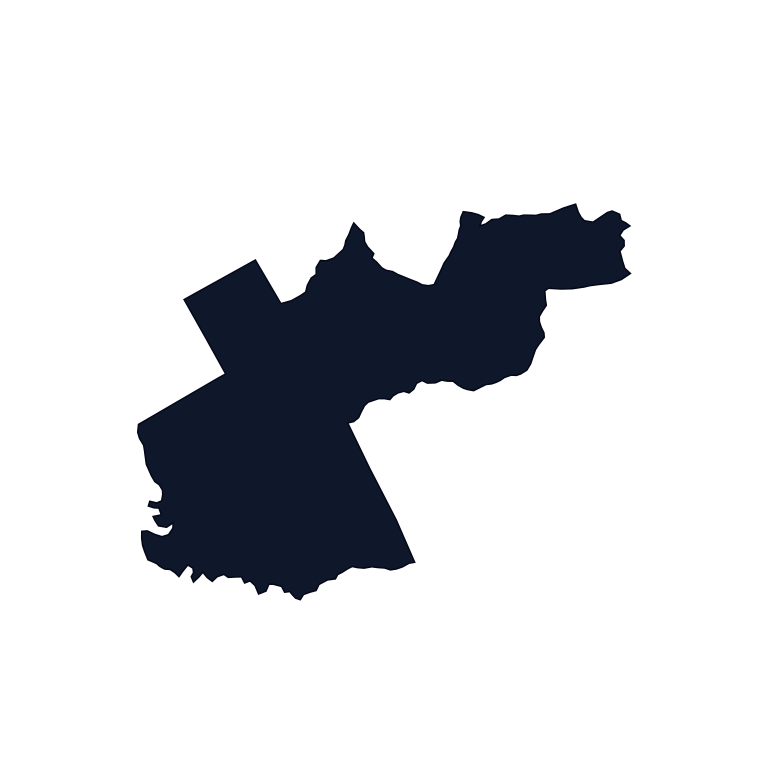 Cambé, Paraná, Brazil (Mercator projection), rotated 241°
{"feature_id": "56859067B22186488449217", "entity_name": "Cambé", "entity_type": "district", "adm_level": 2, "iso_a3": "BRA", "parent_name": "Brazil", "parent_adm1": "Paraná", "projection": "mercator", "projection_center": [-51.292, -23.206], "detail": "fine", "context": "isolated", "style": "filled", "palette": "ink", "viewbox_px": 768, "rotation_deg": 241, "n_neighbors": 0, "source": "geoboundaries", "source_scale": "gbopen_adm2", "svg_char_len": 3043}
<svg xmlns="http://www.w3.org/2000/svg" viewBox="0 0 768 768"><g transform="rotate(241 384 384)"><path d="M344.7,92.3L340.4,95.7L337.1,98.1L333.2,99.5L328.6,102.3L325.4,107.1L320.3,109.7L314.9,111.3L317.5,116.6L320.8,124.6L315.6,127.6L311.4,126.0L308.9,122.0L303.1,121.3L304.9,128.4L307.2,134.3L300.5,135.5L294.6,138.1L296.3,144.6L295.1,151.7L290.4,154.0L287.2,160.6L284.4,165.9L277.5,165.6L276.7,171.4L270.3,173.5L261.1,172.5L260.1,180.4L264.7,186.3L262.5,190.1L256.6,196.3L250.1,196.1L248.1,201.0L243.9,201.7L239.5,202.9L235.9,206.2L238.9,211.5L237.8,218.3L236.3,224.5L240.2,230.0L240.0,239.7L237.1,247.0L239.8,251.1L239.6,256.1L240.0,262.5L239.8,267.7L236.1,272.0L232.6,277.3L230.0,284.8L226.4,289.7L222.8,295.3L218.3,299.5L216.2,305.2L215.1,311.4L215.1,319.0L213.2,324.4L259.2,328.8L318.0,330.6L367.5,333.4L365.8,339.2L366.9,345.5L370.6,350.5L374.5,356.4L375.8,361.3L373.8,372.2L370.9,377.4L367.5,381.6L369.2,386.0L369.5,391.7L368.0,397.8L364.0,401.6L365.1,407.6L368.8,412.8L368.6,419.0L363.8,422.3L360.1,429.5L359.4,436.3L355.9,440.6L352.9,445.8L347.0,448.2L341.7,451.5L338.5,454.6L334.7,459.2L334.1,472.9L331.9,478.3L331.1,482.9L330.8,487.4L331.3,492.6L330.1,499.5L327.3,504.0L326.5,508.5L326.9,515.7L330.6,522.1L336.1,528.1L340.6,533.1L343.0,537.5L347.1,546.8L351.3,548.7L357.2,549.0L363.1,550.1L367.7,552.5L370.9,557.8L374.1,564.1L379.5,566.1L387.5,569.8L388.0,574.2L381.2,585.0L378.9,589.4L376.0,595.0L371.8,606.1L370.3,611.5L366.9,620.1L362.0,631.6L360.3,642.2L361.2,653.1L368.4,650.7L375.4,652.1L381.2,653.6L385.8,654.7L388.2,660.9L393.2,663.6L399.6,662.1L402.7,667.9L403.0,675.7L407.9,673.5L411.9,670.7L418.2,672.4L424.7,667.4L425.7,662.6L424.2,645.3L429.7,638.4L434.2,637.2L440.0,637.2L448.4,638.8L450.9,626.3L452.4,611.5L456.5,603.8L457.7,598.8L460.9,593.4L464.0,588.0L465.3,583.5L468.8,578.6L472.7,572.3L472.5,564.7L475.6,558.0L474.7,550.7L475.7,544.7L478.8,547.7L481.2,552.3L486.5,548.5L491.2,543.7L496.3,536.9L492.6,532.1L489.3,529.5L485.1,527.8L482.4,524.6L479.1,521.9L475.7,519.0L473.6,515.4L469.9,511.1L467.2,506.7L464.6,503.3L460.7,495.3L456.2,489.3L446.6,476.0L448.4,470.6L452.2,465.5L456.9,462.4L464.0,456.5L469.0,452.5L473.2,449.1L478.2,446.0L482.5,440.9L486.7,438.4L494.4,436.6L500.0,434.5L503.0,438.3L511.8,436.1L517.8,436.0L521.8,437.8L526.2,439.5L531.0,437.7L539.5,435.6L536.6,431.5L531.7,425.7L528.0,420.1L524.4,417.2L521.4,413.5L519.9,407.1L518.5,401.1L519.9,392.9L522.9,388.3L518.8,381.2L512.7,377.8L512.0,371.7L507.5,364.8L502.4,360.1L501.8,353.2L501.8,343.2L504.3,332.8L554.8,331.6L554.8,250.1L511.3,250.4L469.6,250.4L469.6,242.1L467.7,149.7L461.2,145.2L455.0,143.8L446.9,144.1L441.7,142.2L437.4,140.5L429.0,137.2L423.2,136.7L416.6,136.1L409.8,136.2L404.8,138.6L398.7,138.8L394.8,137.0L389.6,132.9L390.2,127.6L395.0,122.3L391.5,118.7L387.1,122.9L384.6,127.0L377.5,125.8L380.1,117.8L375.5,117.5L369.2,118.0L364.1,124.4L364.8,132.3L360.2,129.4L356.7,122.5L358.1,115.8L363.8,110.4L370.3,105.8L372.6,100.7L366.2,97.1L359.8,94.6L353.3,93.4L344.7,92.3Z" fill="#0f172a" stroke="#020617" stroke-width="1.5"/></g></svg>